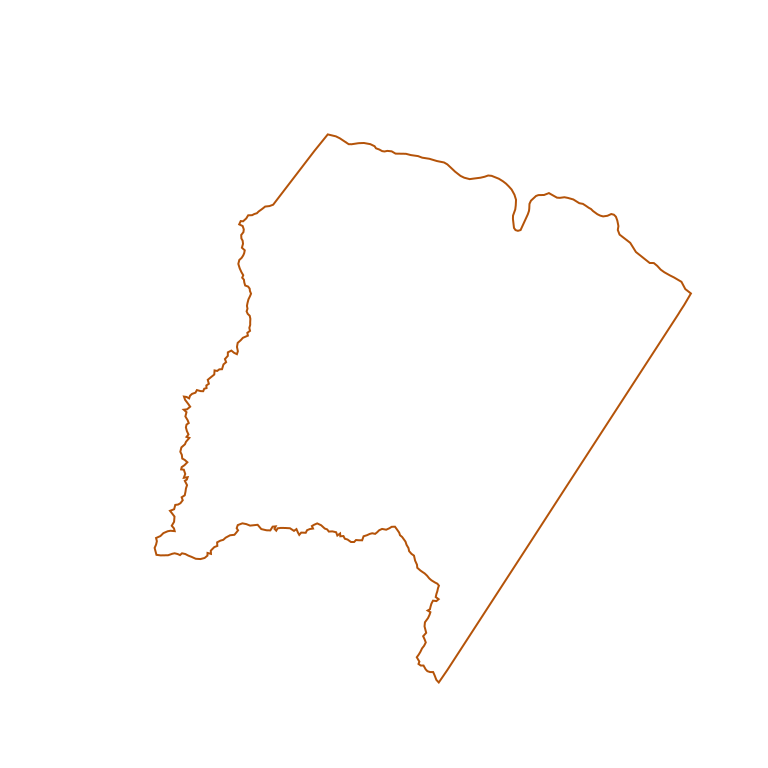 Planaltina, Goiás, Brazil (Mercator projection), rotated 303°
{"feature_id": "56859067B53448313015769", "entity_name": "Planaltina", "entity_type": "district", "adm_level": 2, "iso_a3": "BRA", "parent_name": "Brazil", "parent_adm1": "Goiás", "projection": "mercator", "projection_center": [-47.833, -15.26], "detail": "fine", "context": "isolated", "style": "outline", "palette": "amber", "viewbox_px": 768, "rotation_deg": 303, "n_neighbors": 0, "source": "geoboundaries", "source_scale": "gbopen_adm2", "svg_char_len": 4954}
<svg xmlns="http://www.w3.org/2000/svg" viewBox="0 0 768 768"><g transform="rotate(303 384 384)"><path d="M130.7,276.7L128.5,279.1L125.2,280.3L121.6,280.9L116.8,286.2L118.6,290.0L122.8,296.2L126.3,298.9L128.0,300.6L129.0,303.5L129.4,306.1L132.0,306.8L133.2,310.0L133.5,313.4L134.2,316.7L134.9,321.3L137.2,325.4L140.4,328.3L143.9,329.4L146.2,328.0L147.3,331.4L149.9,329.5L154.8,330.5L157.4,332.4L160.3,330.3L163.5,332.1L165.8,334.1L168.9,334.9L173.3,337.3L176.1,340.7L179.5,341.1L181.8,341.3L182.8,339.0L186.0,338.2L190.0,341.1L191.5,344.8L192.3,348.8L194.4,351.4L197.1,354.7L195.5,360.1L197.3,365.1L199.3,368.4L203.7,368.3L205.6,370.7L202.9,371.0L202.3,373.5L205.0,373.4L207.0,375.7L209.4,379.5L211.8,383.7L211.8,388.5L214.6,389.6L212.5,392.8L211.3,395.1L214.3,395.5L216.6,399.4L219.5,399.1L222.1,400.9L224.1,403.2L225.6,400.9L227.8,402.0L230.7,403.9L231.3,408.2L230.5,413.1L231.1,415.5L230.2,418.1L232.3,421.0L233.6,424.6L231.5,427.4L234.7,428.6L232.5,430.3L234.4,432.8L232.9,435.4L233.7,438.1L233.5,442.3L235.2,445.0L237.9,445.5L239.2,447.9L241.0,450.8L245.2,449.8L247.8,452.0L250.5,453.7L252.4,455.4L253.5,458.2L255.9,459.0L258.7,459.6L261.4,461.3L263.0,465.2L266.0,467.1L268.4,468.2L270.3,470.9L269.0,474.3L267.6,477.7L265.9,479.8L265.6,482.5L263.5,487.9L261.4,490.5L259.7,493.9L257.5,496.1L256.5,499.6L256.4,502.6L252.8,506.3L250.4,510.1L248.0,512.0L247.4,516.1L247.3,518.8L247.3,521.2L246.7,524.5L245.6,527.8L245.2,530.7L245.3,534.9L245.6,537.5L244.8,539.9L242.4,540.4L239.2,541.6L236.5,542.3L233.5,543.4L233.3,547.0L230.5,546.2L229.0,543.1L225.6,543.4L222.6,544.3L220.1,545.2L217.8,544.0L217.9,547.2L215.2,547.9L211.7,548.4L206.5,548.1L202.8,550.0L198.3,554.9L193.8,554.2L191.9,557.2L190.0,559.8L186.3,560.2L183.0,559.9L179.1,560.4L175.8,560.5L172.7,560.3L170.4,564.9L168.0,565.4L167.9,568.1L169.4,570.5L167.4,574.3L166.8,576.8L167.5,579.5L169.2,582.1L167.1,585.3L164.4,589.0L163.5,592.5L178.5,592.9L227.3,592.9L329.0,592.9L398.0,592.8L466.9,592.8L489.7,592.8L527.5,592.8L530.7,592.8L534.0,592.8L544.7,592.8L550.2,592.8L558.9,592.8L571.2,592.8L596.7,592.8L603.0,592.8L606.4,592.7L613.9,592.7L627.1,592.1L627.7,585.0L631.7,577.8L631.3,569.0L630.8,564.6L630.4,558.2L630.6,553.8L631.9,548.8L632.4,544.4L630.2,541.0L631.9,523.4L636.5,513.6L637.6,500.2L640.5,496.2L644.1,494.6L648.1,490.7L650.6,487.4L651.2,484.6L650.3,482.0L646.8,479.8L643.9,476.5L643.0,473.7L642.6,470.5L642.9,465.1L643.5,462.3L643.3,459.8L643.4,456.4L643.4,452.7L642.0,449.3L641.9,442.3L640.2,436.8L638.9,433.6L635.9,430.1L634.5,427.6L633.9,418.3L629.7,415.3L626.5,410.6L624.5,409.1L617.8,407.4L614.3,407.9L610.4,410.2L608.2,411.3L604.6,412.2L587.5,414.7L585.4,412.9L584.7,410.5L585.7,408.0L592.7,402.2L595.5,400.5L601.9,399.0L605.6,397.2L610.4,394.4L613.8,390.3L616.6,385.1L617.7,381.0L618.5,377.2L618.8,373.3L618.7,368.5L617.2,360.9L615.6,357.8L612.6,355.5L609.5,352.5L605.1,347.3L602.5,344.3L600.7,338.9L600.2,334.8L600.8,328.0L602.7,317.5L602.5,313.7L600.7,309.2L599.8,306.9L597.6,299.4L594.6,292.7L593.7,288.5L590.6,281.8L589.0,277.0L583.5,268.2L583.3,263.7L581.3,259.8L579.3,257.8L578.3,255.6L578.1,252.4L577.3,248.9L578.3,246.6L577.7,241.9L575.2,235.9L572.1,231.5L567.4,226.2L565.9,223.8L566.0,213.1L565.5,208.8L562.7,200.9L541.8,198.7L474.0,193.4L470.8,191.0L468.1,187.7L464.5,186.5L460.4,184.9L458.0,184.4L456.0,182.7L453.7,181.4L451.5,178.2L447.8,178.3L443.7,177.2L442.6,175.1L439.0,175.6L439.5,179.4L437.3,182.2L434.8,183.4L431.2,183.1L428.4,185.1L427.2,187.4L424.8,189.4L420.9,190.6L420.3,194.4L417.5,195.5L415.1,195.9L412.2,195.9L409.2,195.1L405.4,196.4L402.4,200.0L400.1,203.6L398.6,206.7L395.9,207.2L395.2,209.7L393.1,211.5L391.0,213.9L391.7,217.0L390.8,219.4L389.0,220.9L387.3,223.3L384.5,223.8L381.2,224.2L377.6,225.4L374.9,226.5L372.8,228.5L370.1,229.2L368.6,231.5L368.1,234.2L365.9,236.4L362.8,238.2L360.7,239.6L357.7,240.5L355.6,242.7L352.5,241.5L350.4,243.5L345.9,240.5L342.7,240.0L338.8,238.9L335.0,240.5L331.9,243.6L328.9,244.4L328.5,241.2L328.9,237.8L325.5,235.8L322.5,237.7L318.3,237.0L316.3,239.7L313.0,238.7L308.2,240.1L306.6,237.9L304.1,237.0L303.1,234.5L299.5,236.5L295.6,235.2L291.5,233.9L288.8,237.0L286.0,235.8L283.9,237.4L282.1,235.8L279.5,236.3L278.2,234.2L277.0,230.4L274.0,230.6L271.2,228.4L268.5,227.7L265.8,228.4L265.6,225.5L264.5,223.1L262.4,225.8L260.6,230.8L259.4,233.8L255.5,232.6L253.4,230.1L252.8,233.7L248.6,235.1L246.7,239.0L244.9,241.5L242.4,240.5L239.7,241.5L237.1,244.4L235.2,247.5L232.1,247.2L232.8,250.1L227.7,249.4L225.0,249.9L220.5,248.6L216.2,250.1L214.5,253.0L211.6,255.4L211.8,258.2L211.3,261.7L207.3,260.9L204.1,259.6L201.9,260.4L203.1,262.8L200.3,266.3L196.3,267.2L198.9,270.1L196.5,270.7L194.3,269.7L191.9,273.9L188.5,274.8L185.5,276.2L182.1,277.5L178.8,276.0L176.9,278.5L173.2,278.2L170.8,277.0L168.9,274.8L164.7,276.2L161.1,273.6L160.0,276.9L158.7,280.5L154.1,283.0L149.5,283.2L148.5,286.5L146.6,288.6L144.6,284.8L142.7,282.8L138.8,280.2L134.7,279.3L130.7,276.7Z" fill="none" stroke="#b45309" stroke-width="2"/></g></svg>